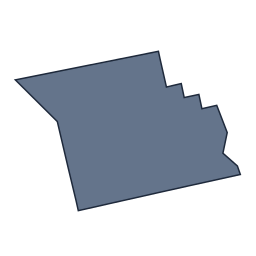 Jennings, Indiana, United States of America (Equal Earth projection), rotated 258°
{"feature_id": "52423323B17963948858786", "entity_name": "Jennings", "entity_type": "district", "adm_level": 2, "iso_a3": "USA", "parent_name": "United States of America", "parent_adm1": "Indiana", "projection": "equal_earth", "projection_center": [-85.64, 39.002], "detail": "fine", "context": "isolated", "style": "filled", "palette": "slate", "viewbox_px": 256, "rotation_deg": 258, "n_neighbors": 0, "source": "geoboundaries", "source_scale": "gbopen_adm2", "svg_char_len": 408}
<svg xmlns="http://www.w3.org/2000/svg" viewBox="0 0 256 256"><g transform="rotate(258 128 128)"><path d="M198.5,27.8L149.0,60.2L101.8,61.2L67.5,62.1L57.5,62.2L57.9,93.4L58.5,144.3L58.8,174.7L59.2,228.2L68.1,227.1L83.6,215.6L102.9,224.1L131.7,219.5L131.5,204.3L146.1,204.3L146.1,189.3L160.4,189.3L160.1,174.1L189.4,173.7L196.7,173.7L198.5,27.8Z" fill="#64748b" stroke="#1e293b" stroke-width="1.5"/></g></svg>